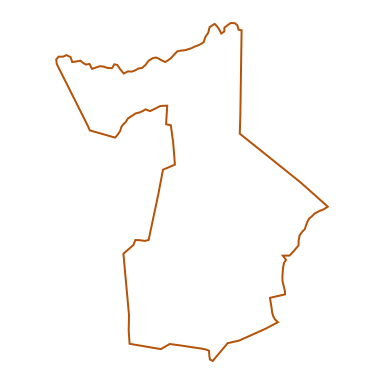 Capim Grosso, Bahia, Brazil
{"feature_id": "56859067B2798558104088", "entity_name": "Capim Grosso", "entity_type": "district", "adm_level": 2, "iso_a3": "BRA", "parent_name": "Brazil", "parent_adm1": "Bahia", "projection": "natural_earth1", "projection_center": [-40.008, -11.3], "detail": "fine", "context": "isolated", "style": "outline", "palette": "amber", "viewbox_px": 384, "rotation_deg": 0, "n_neighbors": 0, "source": "geoboundaries", "source_scale": "gbopen_adm2", "svg_char_len": 1825}
<svg xmlns="http://www.w3.org/2000/svg" viewBox="0 0 384 384"><path d="M56.2,59.5L56.8,64.1L87.6,125.4L89.8,130.4L115.1,137.6L117.6,134.8L120.2,130.9L121.2,127.3L122.9,124.8L125.8,121.9L128.0,118.4L131.2,116.4L135.4,113.5L140.1,112.3L142.8,111.0L145.4,109.4L150.0,111.1L154.4,109.0L157.4,107.5L160.1,106.1L162.9,105.8L167.2,105.7L166.1,124.2L170.8,125.3L173.1,142.0L174.3,156.7L174.9,164.6L163.0,169.7L158.3,194.3L148.6,240.0L144.9,240.9L139.8,240.2L135.4,240.0L133.4,245.0L123.4,253.7L129.0,315.0L128.7,330.9L129.6,343.8L160.9,349.1L169.7,344.0L180.1,345.4L201.5,348.6L205.8,349.5L209.0,350.7L209.3,355.4L209.9,359.4L212.7,361.0L227.6,343.2L239.0,340.6L265.2,328.9L277.9,322.2L274.9,319.3L273.0,315.8L272.1,312.1L271.7,308.7L270.9,303.7L270.0,297.8L285.0,294.4L284.9,291.0L283.7,286.2L282.5,281.3L282.4,277.0L283.0,268.0L284.0,263.1L286.0,259.8L282.8,255.6L285.9,255.6L289.4,255.6L293.7,251.2L296.5,247.8L298.5,245.5L298.6,240.7L299.6,235.4L302.2,231.8L304.9,229.0L306.0,225.5L307.4,221.8L309.1,218.6L311.9,216.3L314.7,213.5L318.9,211.3L323.5,209.4L327.8,206.7L301.0,182.8L268.4,156.6L239.8,133.7L239.9,129.3L240.1,123.6L240.4,111.6L241.6,30.3L238.6,29.7L237.3,25.2L234.9,23.2L230.7,23.0L228.1,24.8L224.4,27.7L224.3,31.5L221.3,33.5L219.1,29.3L216.9,26.2L214.6,23.9L209.6,27.1L208.2,32.9L205.5,36.6L203.6,42.3L199.1,45.0L194.6,46.6L191.5,48.2L188.6,49.1L185.1,50.2L180.8,50.6L177.2,51.4L173.7,55.1L170.7,58.4L167.9,60.4L165.3,62.0L162.3,60.7L158.8,58.7L155.9,57.5L152.7,58.2L148.6,60.7L145.4,65.1L141.9,68.0L138.4,68.5L134.5,70.7L131.8,71.6L127.9,71.4L123.7,73.5L119.9,68.9L117.3,64.9L114.3,64.3L112.0,68.2L107.7,68.0L103.5,66.6L100.0,66.2L96.5,67.3L92.1,68.9L89.5,64.0L85.7,64.5L83.1,62.9L80.4,60.7L76.2,61.5L72.2,62.0L70.6,57.2L66.6,55.1L63.1,56.7L58.5,56.7L56.2,59.5Z" fill="none" stroke="#b45309" stroke-width="2"/></svg>